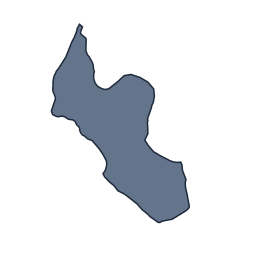 San Francisco El Alto, Totonicapán, Guatemala (Albers equal-area conic projection), rotated 27°
{"feature_id": "79465075B12043571614717", "entity_name": "San Francisco El Alto", "entity_type": "district", "adm_level": 2, "iso_a3": "GTM", "parent_name": "Guatemala", "parent_adm1": "Totonicapán", "projection": "albers", "projection_center": [-91.49, 14.976], "detail": "fine", "context": "isolated", "style": "filled", "palette": "slate", "viewbox_px": 256, "rotation_deg": 27, "n_neighbors": 0, "source": "geoboundaries", "source_scale": "gbopen_adm2", "svg_char_len": 1735}
<svg xmlns="http://www.w3.org/2000/svg" viewBox="0 0 256 256"><g transform="rotate(27 128 128)"><path d="M37.7,57.6L37.5,62.0L38.2,64.4L39.0,71.1L38.9,76.7L40.3,92.2L40.4,93.0L39.1,106.6L38.3,110.1L38.5,111.2L38.6,112.8L38.6,114.6L39.0,117.1L39.8,119.8L40.2,120.8L41.3,123.0L42.2,124.8L42.9,126.7L44.2,129.1L49.0,133.3L50.2,135.2L51.9,147.3L52.9,148.6L54.8,150.2L58.6,150.2L59.8,150.0L61.6,149.1L62.7,148.1L63.7,147.4L65.4,147.0L67.1,146.8L70.3,147.2L71.4,147.1L73.9,146.3L75.2,145.8L77.5,146.1L78.3,146.4L79.2,147.2L80.0,147.8L81.0,148.5L82.1,148.9L83.0,149.1L83.8,149.4L84.7,149.9L85.3,150.7L86.1,152.0L87.3,153.2L88.3,153.9L89.2,154.4L90.1,154.8L91.2,155.0L92.0,154.9L93.2,155.0L97.1,156.0L101.8,155.5L111.3,159.4L117.9,163.0L124.0,167.4L125.8,170.7L127.0,175.3L126.5,180.1L129.3,182.1L136.6,184.7L141.7,185.7L147.5,188.5L155.3,188.5L170.5,191.5L177.6,194.3L186.2,196.2L187.5,196.9L197.7,198.4L199.3,197.7L200.9,195.4L208.9,189.1L217.1,175.6L217.9,173.8L218.3,172.7L218.5,171.5L218.4,170.4L217.9,169.6L212.4,162.5L211.2,160.7L209.8,159.2L205.8,154.3L203.8,150.6L203.1,147.7L195.8,141.0L192.6,136.1L190.5,134.4L187.9,136.1L184.0,137.6L180.3,138.1L168.9,138.0L161.5,137.5L159.8,136.8L154.6,134.7L148.4,131.2L148.3,123.9L147.7,123.1L146.4,120.4L142.5,113.8L142.5,112.5L141.5,111.4L141.0,109.6L139.6,98.9L139.1,98.0L138.8,93.2L137.0,87.5L133.1,81.5L124.9,78.1L115.7,77.5L106.2,79.0L100.8,83.1L97.9,91.1L93.2,101.4L92.1,102.5L91.0,103.5L89.1,104.4L87.3,104.7L85.4,104.8L82.9,104.7L80.8,104.2L78.1,102.7L74.8,99.3L73.7,97.0L72.7,94.6L72.6,93.2L70.6,91.2L68.6,88.0L66.6,85.9L61.3,82.3L58.4,81.0L55.4,78.3L50.9,68.8L50.2,67.7L49.5,67.1L43.3,65.7L42.2,64.2L41.5,58.5L37.7,57.6Z" fill="#64748b" stroke="#1e293b" stroke-width="1.5"/></g></svg>